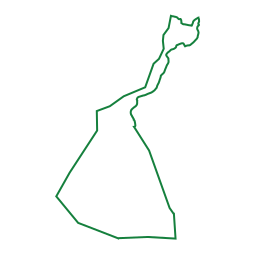 the district of L'Orangerie Road, Praslin, Saint Lucia, rotated 269°
{"feature_id": "8701671B96985788698945", "entity_name": "L'Orangerie Road", "entity_type": "district", "adm_level": 2, "iso_a3": "LCA", "parent_name": "Saint Lucia", "parent_adm1": "Praslin", "projection": "mercator", "projection_center": [-60.921, 13.856], "detail": "fine", "context": "isolated", "style": "outline", "palette": "green", "viewbox_px": 256, "rotation_deg": 269, "n_neighbors": 0, "source": "geoboundaries", "source_scale": "gbopen_adm2", "svg_char_len": 4878}
<svg xmlns="http://www.w3.org/2000/svg" viewBox="0 0 256 256"><g transform="rotate(269 128 128)"><path d="M145.5,97.1L126.0,97.1L84.4,68.9L60.9,55.1L34.0,76.5L17.9,116.1L18.0,116.1L18.7,145.8L16.6,173.6L41.5,172.4L41.5,172.1L47.3,168.2L105.1,148.7L129.0,134.1L129.0,134.3L129.1,134.5L129.4,134.9L129.7,135.2L130.3,135.4L131.6,135.3L133.1,135.1L133.5,135.0L134.8,134.8L134.9,134.7L135.0,134.7L135.4,134.5L135.6,134.4L135.8,134.2L136.0,134.1L136.4,134.0L136.4,133.9L136.5,133.9L136.9,133.7L137.1,133.7L137.3,133.6L137.5,133.5L137.6,133.4L138.0,133.2L138.3,133.1L138.5,133.0L138.7,132.8L138.8,132.8L138.9,132.7L139.0,132.6L139.3,132.5L139.4,132.4L139.6,132.3L139.8,132.2L140.0,132.2L140.3,132.0L140.5,131.9L140.8,131.7L141.0,131.6L141.2,131.4L141.4,131.4L141.5,131.3L141.8,131.2L142.0,131.2L142.3,131.1L142.5,131.1L142.8,131.0L143.5,131.0L143.8,131.0L144.0,131.0L144.3,131.1L144.5,131.1L144.9,131.2L145.2,131.3L145.5,131.4L145.7,131.5L145.9,131.6L146.1,131.7L146.1,131.8L146.3,131.9L146.5,132.1L146.8,132.4L147.1,132.6L147.2,132.8L147.3,132.9L147.4,133.0L147.5,133.1L147.7,133.4L147.8,133.5L148.1,133.9L148.2,134.0L148.6,134.4L148.7,134.6L148.8,134.8L148.9,135.0L149.0,135.1L149.3,135.5L149.5,135.7L149.5,135.8L149.7,136.0L149.8,136.2L150.0,136.4L150.3,136.6L150.5,136.8L150.8,137.0L151.0,137.1L151.3,137.3L151.5,137.3L151.9,137.5L152.1,137.5L152.3,137.5L152.6,137.6L152.8,137.6L153.2,137.6L153.3,137.6L154.0,137.6L154.3,137.6L154.8,137.6L155.0,137.7L155.4,137.7L155.5,137.7L155.8,137.5L155.9,137.4L156.1,137.3L156.3,137.3L156.5,137.3L156.8,137.4L157.0,137.5L157.3,137.6L157.5,137.7L157.7,137.8L157.8,137.9L158.0,138.0L158.3,138.2L158.4,138.4L158.5,138.5L158.7,138.8L158.8,139.0L158.9,139.3L159.0,139.5L159.1,139.8L159.1,140.0L159.2,140.3L159.3,140.5L159.4,141.0L159.5,141.2L159.5,141.3L159.6,141.7L159.8,142.3L159.9,142.6L159.9,142.8L160.0,142.9L160.0,143.0L160.1,143.3L160.2,143.7L160.2,143.8L160.2,144.0L160.3,144.2L160.3,144.4L160.3,144.6L160.4,144.8L160.4,145.0L160.5,145.3L160.6,145.6L160.7,145.8L160.8,146.1L160.8,146.3L161.0,146.7L161.1,146.9L161.2,147.0L161.4,147.6L161.6,147.9L161.6,148.0L161.8,148.4L161.9,148.7L162.0,148.9L162.0,149.1L162.1,149.4L162.2,149.5L162.3,149.7L162.3,149.9L162.4,150.2L162.5,150.3L162.6,150.6L162.6,150.8L162.7,151.1L162.8,151.2L162.8,151.3L162.9,151.5L163.0,151.9L163.1,152.1L163.2,152.3L163.3,152.4L163.5,152.7L163.7,153.1L163.8,153.1L164.0,153.4L164.0,153.5L165.0,154.9L165.6,155.5L166.3,156.1L167.2,156.8L167.5,157.2L168.5,157.6L169.9,158.0L170.8,158.5L171.6,158.9L172.2,159.3L173.2,159.7L174.2,160.1L175.5,160.5L176.5,160.9L177.9,161.4L178.7,161.6L179.8,161.8L180.2,162.2L180.9,162.9L181.4,163.5L182.2,164.4L182.7,164.8L183.5,165.3L184.1,165.5L185.4,166.0L186.2,166.3L187.3,166.8L188.2,167.2L189.5,167.7L190.0,168.0L190.5,168.2L191.3,168.8L192.6,169.5L193.4,169.7L194.6,169.7L195.8,169.6L196.8,169.6L197.2,169.4L199.1,168.0L200.1,167.5L200.6,167.5L200.9,167.6L201.4,167.9L202.0,168.4L202.9,169.2L203.4,170.0L204.2,171.0L204.6,171.4L205.4,172.3L205.7,172.8L205.9,173.8L206.1,174.5L206.3,175.1L206.6,175.7L207.0,176.3L207.4,176.9L208.2,177.5L209.2,177.7L209.9,178.1L210.2,179.0L210.5,179.7L210.8,180.4L211.1,181.2L211.5,182.3L211.7,183.0L211.8,183.9L211.6,184.8L211.2,185.1L210.4,185.6L209.4,186.0L208.7,186.5L208.9,186.9L209.2,187.8L209.5,189.0L209.6,189.8L209.5,190.3L209.6,190.9L209.9,191.6L210.5,192.4L211.4,193.5L212.0,194.3L212.8,195.2L213.6,196.0L214.3,196.6L215.2,197.5L215.9,198.2L216.6,198.7L217.5,199.2L218.6,199.3L220.3,199.8L221.5,200.1L222.2,200.2L223.7,199.9L224.9,199.3L225.8,198.9L226.8,198.9L227.1,199.0L227.4,199.1L227.6,199.1L228.0,199.2L228.2,199.3L228.5,199.5L228.8,199.8L229.1,200.2L229.2,200.3L229.4,200.5L229.7,200.6L229.8,200.7L230.0,200.7L230.3,200.6L230.5,200.4L230.7,200.2L230.8,200.1L231.1,200.1L231.5,200.2L231.9,200.3L232.1,200.4L232.4,200.6L232.7,200.7L233.1,200.9L233.4,200.9L234.0,200.9L234.8,200.9L235.6,200.8L236.0,200.7L236.5,200.4L236.8,200.3L237.1,200.3L237.0,199.9L236.9,199.8L236.6,199.3L236.3,198.8L235.9,198.1L235.6,197.6L235.2,197.0L234.8,196.4L234.4,196.0L233.9,195.5L233.7,195.4L233.5,195.2L233.4,195.1L233.1,195.0L232.8,194.9L232.3,194.8L232.0,194.7L231.7,194.6L231.3,194.4L231.0,194.3L230.6,194.1L230.2,193.9L229.8,193.7L229.6,193.7L229.3,193.6L229.2,193.2L229.3,192.8L229.5,192.5L229.5,192.2L229.6,191.9L229.6,191.3L229.7,190.8L229.8,190.2L230.0,189.5L230.1,189.0L230.3,188.3L230.3,187.9L230.5,187.4L230.6,186.8L230.7,186.4L230.7,185.7L230.8,185.1L230.9,184.8L231.0,184.6L231.2,184.4L231.6,183.8L231.9,183.4L232.0,183.2L233.4,183.2L234.8,183.1L235.7,182.7L236.1,182.4L236.1,182.2L235.9,181.7L236.0,180.7L236.4,180.2L237.4,179.3L237.7,179.0L238.3,177.6L238.4,176.8L238.8,175.5L238.9,174.8L239.0,174.0L239.4,172.9L227.2,170.3L220.4,165.1L214.6,164.4L206.6,165.1L196.6,160.2L191.8,154.7L168.4,145.9L159.8,124.3L150.1,110.2L145.5,97.1Z" fill="none" stroke="#15803d" stroke-width="2"/></g></svg>